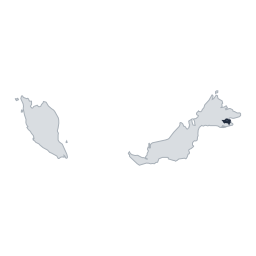 location of Kunak, Sabah, Malaysia
{"feature_id": "92858781B10132292463184", "entity_name": "Kunak", "entity_type": "district", "adm_level": 2, "iso_a3": "MYS", "parent_name": "Malaysia", "parent_adm1": "Sabah", "projection": "albers", "projection_center": [118.158, 4.693], "detail": "fine", "context": "in_parent", "style": "filled", "palette": "slate", "viewbox_px": 256, "rotation_deg": 0, "n_neighbors": 0, "source": "geoboundaries", "source_scale": "gbopen_adm2", "svg_char_len": 5064}
<svg xmlns="http://www.w3.org/2000/svg" viewBox="0 0 256 256"><path d="M221.3,127.5L219.9,127.3L217.9,126.0L215.8,125.6L209.9,125.6L209.1,125.2L207.9,125.9L205.9,125.3L204.7,125.4L203.4,126.1L201.5,125.4L200.6,126.5L199.4,127.2L198.2,130.1L197.9,133.7L198.1,135.8L197.5,137.0L197.3,139.5L196.8,140.6L195.1,141.0L194.4,140.7L192.9,142.2L192.5,142.8L192.5,145.2L193.6,146.0L193.6,146.5L191.2,148.5L189.0,149.6L188.7,150.6L189.5,152.7L189.2,153.7L188.1,154.2L187.2,156.9L186.2,158.6L185.8,158.8L184.4,158.2L178.8,159.0L177.1,160.4L175.5,161.2L174.3,160.4L173.6,160.5L168.4,158.9L168.2,157.6L167.7,157.4L162.3,157.4L158.9,158.8L157.6,162.2L155.8,162.5L154.5,163.7L152.2,163.5L150.7,163.8L148.5,163.2L146.3,163.1L139.4,165.2L137.2,163.7L130.6,157.5L129.6,156.4L129.5,154.6L128.7,154.2L128.5,153.7L128.3,153.2L129.4,151.7L130.4,153.6L132.1,154.7L135.0,155.5L137.7,155.3L141.4,157.3L142.7,157.7L144.0,157.6L146.3,159.1L147.8,159.2L145.9,158.1L145.5,157.3L145.8,156.4L147.0,155.2L147.2,153.3L148.2,151.5L148.4,150.6L147.7,149.9L147.5,148.8L148.1,147.2L149.4,148.0L150.4,147.8L150.4,144.9L151.3,143.6L152.5,142.8L165.4,140.0L167.6,139.3L169.0,138.5L173.7,132.3L179.2,126.5L180.0,124.5L179.9,123.0L180.3,122.7L180.9,122.5L182.1,123.3L182.7,123.8L183.8,126.3L184.9,126.4L186.7,128.8L187.1,129.1L187.6,129.0L189.0,127.4L189.4,126.3L189.1,126.2L189.8,124.9L189.2,124.0L188.7,121.1L192.0,119.0L191.9,121.4L192.9,124.9L194.5,125.4L195.3,125.2L194.8,124.1L194.7,122.1L194.3,120.7L193.3,119.0L196.0,118.6L198.0,116.8L198.4,115.6L197.0,114.9L196.5,114.1L196.5,113.1L198.6,110.9L198.9,111.5L200.2,111.7L200.9,111.7L201.8,110.8L202.3,109.5L203.9,107.7L204.8,104.8L208.9,100.3L212.1,94.9L212.8,95.4L213.0,96.8L212.3,99.4L213.7,98.7L216.2,95.2L217.6,95.8L217.5,96.7L218.1,98.6L222.1,100.9L222.7,103.2L221.8,104.1L222.1,106.4L221.8,107.1L220.5,107.7L224.1,107.1L226.2,105.8L227.5,108.0L225.4,108.8L225.9,109.8L227.9,109.2L229.1,108.5L230.3,108.6L232.1,109.5L232.7,110.0L233.0,111.1L234.4,111.5L237.2,113.0L239.8,112.9L240.6,113.7L240.6,115.6L239.2,116.8L233.9,118.3L232.5,118.3L230.6,117.7L229.2,118.1L228.3,119.9L229.9,121.8L232.7,123.7L233.0,124.2L232.5,125.1L226.3,126.6L225.0,126.5L222.7,125.5L221.3,127.5ZM20.8,98.6L21.5,96.0L22.5,95.9L23.4,97.4L26.7,98.7L27.7,98.3L28.1,98.6L28.5,99.0L29.4,101.1L31.5,101.2L31.6,104.5L30.7,105.7L30.5,106.6L32.0,108.2L32.9,107.8L33.7,106.5L37.2,105.2L38.5,106.7L39.8,106.7L40.8,106.2L41.5,104.5L42.9,103.1L43.5,101.5L45.5,102.0L46.2,102.3L48.4,106.0L51.3,108.5L53.5,110.0L54.7,111.4L58.3,117.9L58.7,120.0L58.8,123.2L58.1,128.0L57.4,130.4L57.5,131.5L58.4,133.2L58.1,134.9L58.1,140.0L59.2,141.9L62.3,144.2L66.8,154.2L67.5,157.0L67.1,158.0L66.2,158.3L65.5,157.7L65.1,156.4L64.0,155.3L64.1,157.2L62.1,156.9L60.7,157.2L59.0,158.5L58.2,158.5L56.8,156.0L51.5,153.1L49.6,152.3L47.6,150.1L43.0,147.6L40.1,145.2L38.8,143.8L35.9,142.4L34.6,140.9L33.3,140.0L34.0,138.6L33.5,135.8L31.4,133.2L30.4,131.4L28.4,129.6L26.9,127.4L27.9,126.7L26.4,124.4L25.9,122.6L26.0,119.4L24.5,114.9L23.2,108.5L23.5,106.3L23.2,104.0L20.8,98.6ZM216.3,92.9L215.6,93.5L215.5,91.8L216.4,90.9L217.8,90.8L217.8,92.3L217.5,92.7L216.3,92.9ZM17.7,98.3L18.5,99.5L17.8,100.2L17.4,100.0L16.4,100.6L15.5,99.3L15.4,98.7L16.5,98.9L17.7,98.3ZM149.8,147.4L149.4,147.6L148.9,147.2L148.8,143.6L149.2,143.3L149.7,144.0L149.8,147.4ZM23.0,110.6L22.1,112.2L21.3,112.0L21.5,110.1L22.0,109.9L23.0,110.6ZM224.9,127.3L223.3,127.6L222.1,127.5L222.3,126.6L222.8,126.5L224.9,127.3ZM67.1,142.5L66.2,142.6L66.0,142.1L66.7,140.9L67.1,142.5ZM33.6,138.8L33.0,139.0L33.1,138.3L33.6,137.9L33.6,138.8Z" fill="#d9dde1" stroke="#a8b0b8" stroke-width="1"/><path d="M224.2,122.3L224.3,122.3L224.4,122.5L224.5,122.6L224.8,122.4L225.0,122.3L225.1,122.2L225.3,122.2L225.5,122.0L225.7,122.3L225.8,122.4L226.0,122.4L226.3,122.3L226.5,122.2L226.5,122.3L226.8,122.3L226.8,122.2L226.9,122.3L227.0,122.3L227.2,122.5L227.3,122.4L227.3,122.5L227.5,122.5L227.8,122.5L228.0,122.6L228.3,122.7L228.5,122.7L228.5,122.8L228.7,123.0L228.8,123.0L228.9,123.3L228.9,123.5L229.0,123.7L229.1,123.4L229.1,123.2L229.3,123.1L229.4,122.9L229.5,122.9L229.7,122.7L229.8,122.6L229.9,122.4L229.9,122.2L229.7,122.2L229.6,121.9L229.3,121.9L229.2,121.8L229.2,121.7L229.0,121.4L228.9,121.4L228.8,121.2L228.7,121.1L228.6,120.9L228.5,120.7L228.5,120.4L228.4,120.3L228.4,120.2L228.2,120.1L228.1,119.9L227.9,119.8L227.7,119.8L227.7,119.7L227.6,119.4L227.2,119.3L227.0,119.2L226.7,119.2L226.3,119.3L226.2,119.3L226.1,119.6L226.1,119.8L225.9,119.9L225.8,120.0L225.7,120.0L225.7,120.3L225.6,120.5L225.4,120.5L225.1,120.5L225.1,120.4L224.9,120.4L224.7,120.5L224.3,120.7L224.2,120.8L223.8,120.9L223.7,120.9L223.4,120.7L223.2,120.7L223.3,120.8L223.4,121.0L223.5,121.1L223.5,121.3L223.8,121.4L223.7,121.6L223.8,121.7L223.8,121.8L224.0,121.9L224.1,122.0L224.2,122.3ZM230.0,120.2L229.9,120.2L229.7,120.2L229.8,120.2L229.8,120.3L229.7,120.3L229.8,120.3L230.0,120.3L230.0,120.2ZM229.4,120.0L229.5,120.1L229.4,120.0ZM229.7,120.6L229.8,120.6L229.7,120.5L229.7,120.6ZM229.8,120.4L229.7,120.4L229.8,120.4L229.8,120.4Z" fill="#64748b" stroke="#1e293b" stroke-width="1.5"/></svg>